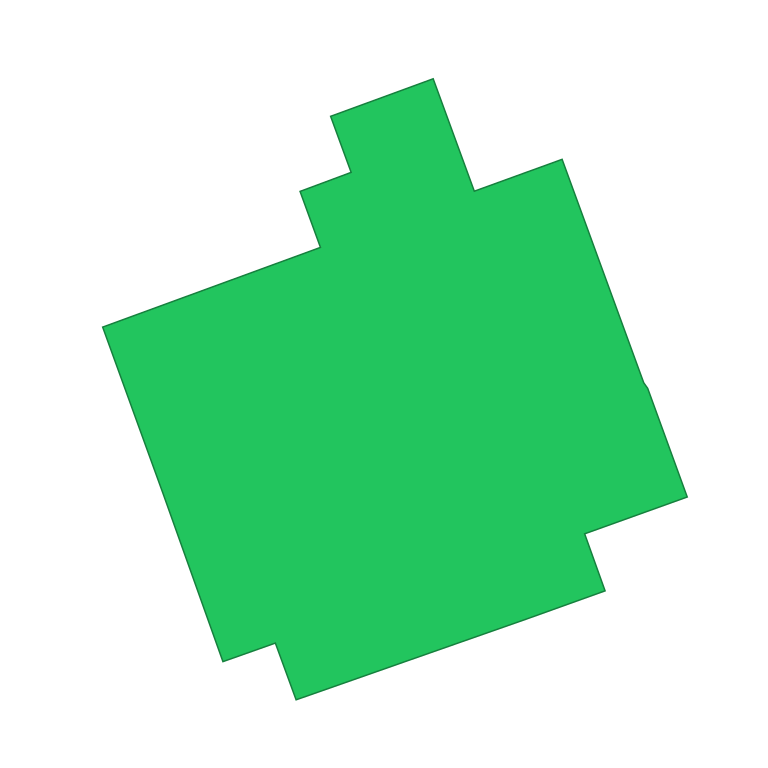 De Baca, New Mexico, United States of America, rotated 340°
{"feature_id": "52423323B76308023983940", "entity_name": "De Baca", "entity_type": "district", "adm_level": 2, "iso_a3": "USA", "parent_name": "United States of America", "parent_adm1": "New Mexico", "projection": "equal_earth", "projection_center": [-104.389, 34.387], "detail": "fine", "context": "isolated", "style": "filled", "palette": "green", "viewbox_px": 768, "rotation_deg": 340, "n_neighbors": 0, "source": "geoboundaries", "source_scale": "gbopen_adm2", "svg_char_len": 399}
<svg xmlns="http://www.w3.org/2000/svg" viewBox="0 0 768 768"><g transform="rotate(340 384 384)"><path d="M138.9,411.4L137.7,589.8L193.3,590.3L193.4,650.7L437.2,653.6L521.0,654.0L521.3,593.4L630.3,593.9L630.3,478.3L628.5,471.7L628.2,233.8L534.8,233.7L534.6,114.0L425.4,114.2L425.5,173.9L371.0,174.3L371.0,233.9L139.1,234.3L138.9,411.4Z" fill="#22c55e" stroke="#15803d" stroke-width="1.5"/></g></svg>